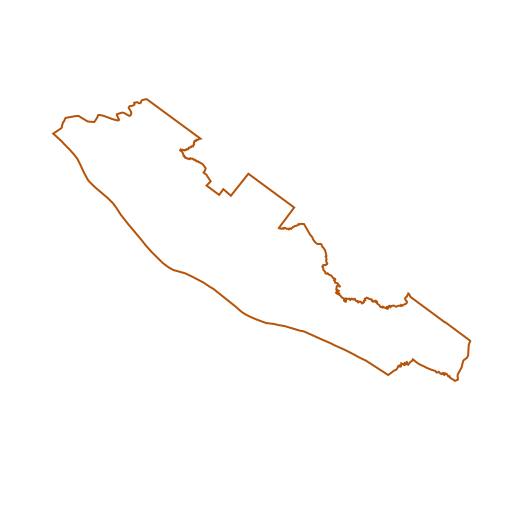 Wan Yai, Mukdahan, Thailand (Equal Earth projection), rotated 127°
{"feature_id": "78962969B15109036384984", "entity_name": "Wan Yai", "entity_type": "district", "adm_level": 2, "iso_a3": "THA", "parent_name": "Thailand", "parent_adm1": "Mukdahan", "projection": "equal_earth", "projection_center": [104.712, 16.728], "detail": "fine", "context": "isolated", "style": "outline", "palette": "amber", "viewbox_px": 512, "rotation_deg": 127, "n_neighbors": 0, "source": "geoboundaries", "source_scale": "gbopen_adm2", "svg_char_len": 6046}
<svg xmlns="http://www.w3.org/2000/svg" viewBox="0 0 512 512"><g transform="rotate(127 256 256)"><path d="M280.3,491.6L281.3,480.4L282.0,476.9L283.0,469.7L284.4,462.7L285.8,457.4L289.2,450.5L292.8,443.9L296.6,435.5L297.1,433.1L298.0,425.6L298.9,409.9L299.9,402.2L301.5,396.7L304.5,388.6L307.5,377.1L312.1,357.1L313.8,350.8L315.7,341.3L317.7,326.2L317.7,322.0L317.6,318.1L316.9,313.5L312.5,302.3L310.9,294.6L308.8,281.8L308.4,274.3L307.9,270.2L308.7,241.1L309.1,237.1L309.3,233.0L308.9,229.0L308.3,225.1L306.5,217.8L303.5,207.7L299.6,201.0L297.4,196.0L294.8,191.1L289.3,176.2L287.4,172.4L283.2,153.8L280.9,144.5L280.0,139.4L277.5,128.5L275.7,118.3L274.9,112.5L273.4,105.2L271.5,78.8L264.1,76.6L262.4,75.5L259.7,75.7L258.8,76.1L257.9,76.1L257.8,75.9L258.0,75.5L257.9,74.9L257.6,74.7L257.2,74.9L257.3,74.0L257.0,73.8L254.3,75.3L254.2,74.2L253.8,73.7L254.0,72.7L253.5,72.4L253.6,71.7L253.1,71.5L252.6,72.5L252.2,72.7L252.2,72.0L252.0,71.7L251.3,72.1L250.0,71.7L250.6,70.9L251.2,70.5L251.4,69.3L251.2,68.9L249.9,69.1L247.4,68.9L245.7,68.1L244.2,68.6L244.1,67.8L244.3,65.0L244.3,62.0L243.9,58.9L243.1,55.8L242.5,52.0L241.3,47.5L239.9,43.6L239.9,42.9L240.4,42.1L240.4,41.7L239.6,40.8L238.5,40.3L238.9,38.3L238.8,37.3L238.7,36.8L238.4,36.5L237.4,36.6L237.3,35.7L237.7,34.5L237.6,33.9L237.1,33.9L236.2,35.0L235.5,33.2L235.6,32.0L236.2,30.9L236.4,29.6L236.3,29.2L235.6,29.1L236.4,27.5L236.3,26.0L235.9,23.7L236.1,22.3L235.9,21.8L233.3,20.4L232.9,20.6L230.4,22.9L229.1,23.6L221.2,24.8L215.1,27.4L213.8,27.3L210.4,26.3L209.3,26.4L207.7,26.8L199.4,32.3L197.4,33.1L195.1,33.6L194.8,34.4L195.0,64.9L195.3,65.1L195.7,107.7L195.7,108.2L194.5,110.3L194.3,111.8L197.9,111.1L199.1,111.5L200.1,111.5L200.5,111.2L200.8,110.6L201.8,107.7L202.7,107.4L204.2,107.6L206.2,108.9L207.6,109.1L207.7,109.4L207.8,110.7L208.9,110.4L209.5,111.9L209.8,112.2L212.1,113.4L212.3,113.9L212.5,115.7L212.8,116.3L214.6,117.8L216.1,117.9L216.1,118.5L215.3,119.2L215.5,119.6L217.0,119.6L217.5,120.6L217.9,120.8L218.3,120.5L218.2,119.2L218.5,119.0L219.0,119.2L219.3,120.0L220.0,123.0L220.1,124.3L220.5,124.5L220.7,123.7L220.9,123.7L221.7,125.7L221.7,126.4L221.0,128.0L221.1,129.5L221.0,130.8L219.7,131.7L219.7,132.1L220.7,132.3L220.7,132.6L219.8,132.7L219.7,132.9L219.6,133.4L220.2,134.1L221.3,134.2L222.1,135.1L222.1,136.6L221.8,136.7L221.3,136.6L221.2,138.0L222.2,139.6L222.2,141.0L222.6,141.6L222.6,142.4L224.7,143.4L224.9,143.2L224.9,142.6L225.6,142.1L226.6,142.8L226.9,142.8L227.6,142.1L228.3,142.0L228.8,142.1L229.4,142.8L230.1,142.8L230.2,143.0L229.7,143.5L229.5,143.9L229.6,145.1L230.3,146.0L231.3,146.2L231.6,146.5L231.5,147.1L230.8,147.7L231.6,148.8L231.6,149.2L231.6,149.9L230.8,150.9L230.9,151.6L232.2,152.1L232.4,152.4L232.4,153.7L232.6,154.0L234.3,154.1L234.4,154.5L233.9,155.2L233.9,155.9L234.8,156.4L235.7,158.4L236.1,158.3L238.2,156.8L238.7,157.0L238.9,157.9L238.8,158.4L238.4,159.1L236.9,159.9L237.4,161.6L237.3,163.0L236.7,165.7L237.0,166.8L237.1,167.6L236.9,167.6L236.1,166.7L235.8,167.1L235.8,168.1L235.9,168.6L237.2,168.6L237.4,169.2L237.2,169.8L236.8,170.1L235.9,170.2L234.4,169.0L234.0,169.0L234.3,170.1L234.1,171.0L234.4,171.3L234.4,171.8L232.6,172.6L231.7,173.3L230.6,173.1L230.1,172.7L230.0,172.0L230.2,171.0L230.1,170.8L229.8,170.8L229.5,171.3L229.4,172.6L228.7,174.2L228.8,174.7L229.2,175.3L229.3,176.0L229.6,176.5L229.6,176.8L228.8,177.7L228.4,179.1L227.8,179.1L227.1,178.6L226.8,179.0L226.7,179.8L227.2,180.8L227.2,181.2L226.4,183.6L226.4,184.6L227.0,186.4L226.7,188.4L227.5,188.6L228.0,190.2L227.4,190.7L227.0,191.5L226.6,193.7L225.1,195.1L224.8,196.3L224.5,196.7L223.8,196.5L222.7,196.8L221.2,194.7L220.2,194.8L219.7,194.4L219.2,194.5L219.0,195.2L218.5,195.7L218.1,196.7L217.5,197.0L217.2,197.4L216.2,197.6L216.0,198.1L214.7,199.2L214.4,200.0L213.5,199.8L209.9,204.2L209.6,204.7L209.1,206.7L208.7,207.3L208.9,208.1L208.4,209.2L207.3,210.9L207.6,211.9L209.1,213.6L209.4,214.3L209.5,215.0L209.5,216.5L209.2,217.8L208.3,220.6L207.3,222.0L207.1,222.5L206.3,225.9L201.6,236.9L203.0,239.1L203.9,240.0L204.7,240.4L204.9,241.2L205.5,241.0L207.0,241.6L208.9,243.1L210.1,243.5L210.6,243.9L211.5,243.9L212.5,244.3L213.2,244.3L213.6,245.5L214.4,245.4L214.9,245.7L215.1,246.2L215.0,247.0L215.8,247.9L216.3,250.1L216.7,250.5L217.2,250.2L217.6,250.3L218.1,251.6L219.0,252.0L219.5,253.6L219.9,254.0L219.9,254.6L194.3,254.7L194.9,311.6L223.0,312.3L222.3,322.3L229.4,322.2L229.4,322.6L229.5,337.9L223.7,337.1L221.0,344.4L220.9,345.0L221.0,348.0L218.4,348.2L216.2,349.0L214.7,353.9L215.1,356.4L215.0,357.4L215.3,358.1L215.6,358.3L215.3,359.1L215.8,359.9L215.8,360.5L216.2,360.8L215.9,361.6L216.1,362.2L215.8,362.8L216.0,363.1L216.4,363.2L216.6,364.3L216.4,365.2L217.2,366.3L217.5,367.3L218.5,367.2L218.8,368.3L219.3,368.5L219.2,369.0L219.3,369.6L219.6,369.9L219.8,370.9L220.2,371.5L220.1,371.8L219.8,371.7L219.8,372.3L219.5,372.5L219.7,373.0L219.4,373.4L219.6,373.9L219.1,374.1L219.1,374.5L218.4,375.8L217.7,376.6L217.3,377.5L217.3,378.0L217.0,378.9L217.4,379.5L217.3,380.1L216.1,380.2L216.2,378.8L215.3,378.5L215.0,377.5L214.7,377.2L214.7,376.6L214.1,376.2L213.7,376.3L213.2,375.6L212.6,375.7L212.2,375.5L211.9,374.6L211.3,374.3L210.1,374.8L209.9,374.4L208.7,374.0L208.3,373.5L207.8,373.8L207.2,373.5L206.3,372.2L205.1,372.8L204.1,372.6L203.2,373.6L202.6,373.5L202.0,374.1L200.9,374.2L200.5,373.3L199.7,373.1L199.0,373.5L198.6,372.6L197.1,372.0L195.7,370.9L196.5,437.2L196.8,438.1L199.8,440.6L201.1,440.9L202.7,440.4L203.6,440.4L204.5,441.5L204.6,443.4L207.0,445.5L207.7,444.5L208.2,444.2L208.9,444.3L210.6,445.3L212.1,446.9L213.0,447.1L213.9,447.0L214.4,446.7L215.3,444.1L216.1,442.6L216.9,441.6L217.5,441.2L218.5,440.9L219.9,441.1L220.4,441.6L221.1,447.1L221.5,448.4L222.5,449.6L226.5,452.4L227.2,452.0L229.5,447.5L230.1,447.3L230.6,447.5L231.7,449.5L233.1,453.1L235.8,462.2L237.8,466.3L238.1,466.7L238.6,466.8L241.3,466.1L245.5,465.8L246.5,466.0L249.7,471.1L249.9,471.7L250.9,481.6L251.1,482.3L253.4,484.8L259.9,490.8L260.8,491.2L263.9,490.4L265.9,490.5L267.1,489.8L268.6,489.5L269.8,488.6L271.2,488.4L280.3,491.6Z" fill="none" stroke="#b45309" stroke-width="2"/></g></svg>